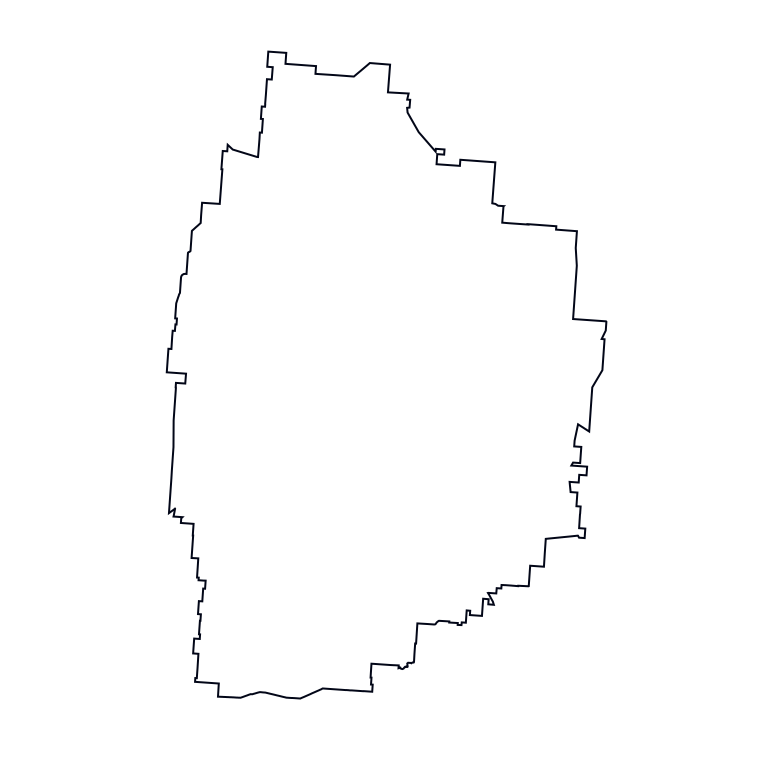 Corrigin, Western Australia, Australia (orthographic projection), rotated 274°
{"feature_id": "25037944B17845862979070", "entity_name": "Corrigin", "entity_type": "district", "adm_level": 2, "iso_a3": "AUS", "parent_name": "Australia", "parent_adm1": "Western Australia", "projection": "orthographic", "projection_center": [117.705, -32.376], "detail": "fine", "context": "isolated", "style": "outline", "palette": "ink", "viewbox_px": 768, "rotation_deg": 274, "n_neighbors": 0, "source": "geoboundaries", "source_scale": "gbopen_adm2", "svg_char_len": 5483}
<svg xmlns="http://www.w3.org/2000/svg" viewBox="0 0 768 768"><g transform="rotate(274 384 384)"><path d="M101.5,418.3L101.7,418.8L102.6,419.3L102.3,420.0L101.7,420.0L101.4,420.3L100.9,422.0L101.0,422.5L101.6,423.5L102.4,423.9L102.8,424.5L103.1,424.5L103.3,424.7L103.2,425.4L103.7,425.8L103.3,426.6L103.3,426.9L103.5,427.2L104.2,427.3L104.6,426.9L105.4,427.0L106.8,426.7L107.6,427.5L107.6,428.3L107.6,430.1L107.3,430.8L108.0,431.6L108.3,432.2L108.2,433.0L108.7,433.3L110.8,433.3L116.8,433.2L127.3,433.2L127.3,434.1L129.4,434.1L147.5,434.0L147.6,444.1L147.6,450.9L147.7,451.3L147.8,451.7L147.9,452.0L148.1,452.2L149.8,453.2L150.1,453.5L151.3,454.8L151.5,455.1L151.6,455.5L151.7,465.7L150.6,465.7L150.7,474.3L148.8,474.3L148.9,478.1L151.6,478.2L151.6,482.3L154.7,482.3L163.9,482.3L163.8,485.8L159.5,485.8L159.5,490.6L159.5,497.9L161.4,497.9L176.7,497.9L176.6,503.4L171.5,503.4L171.4,509.0L173.2,508.3L173.9,508.0L174.3,507.9L174.8,507.6L176.6,506.4L180.7,503.8L182.8,502.3L182.9,502.6L182.9,510.6L188.2,510.7L188.2,515.3L191.7,515.3L191.8,519.2L191.8,524.8L191.7,531.3L191.7,532.0L192.1,532.0L192.3,542.3L192.4,542.5L202.5,542.5L212.9,542.5L212.9,556.3L227.0,556.2L240.8,556.2L241.4,559.7L245.1,581.5L245.8,585.5L246.2,587.7L246.2,588.1L244.3,589.3L244.3,594.9L253.8,594.9L253.8,588.7L267.7,588.6L268.1,588.7L275.5,588.7L275.5,584.5L289.2,584.5L289.2,577.7L296.8,576.4L299.3,576.0L299.3,585.1L307.0,585.1L307.0,592.4L315.7,592.4L315.7,576.6L318.8,578.1L318.8,585.2L335.0,585.2L335.0,578.1L340.8,578.1L357.3,580.4L350.9,592.0L377.9,592.0L395.2,592.0L412.8,600.8L413.1,600.9L420.2,600.9L444.0,600.9L444.1,598.0L452.8,601.5L461.6,601.5L462.0,601.1L462.0,598.8L462.0,589.0L462.0,568.1L473.2,568.1L488.9,568.1L515.4,568.1L533.0,565.8L539.5,565.8L549.9,565.8L549.9,565.6L550.0,544.9L553.4,544.9L553.5,516.8L553.5,516.4L553.1,516.6L553.1,507.7L553.1,498.1L553.2,490.7L569.6,490.8L569.8,491.0L569.8,490.8L569.8,485.4L571.4,482.6L571.8,479.4L592.3,479.5L592.5,479.5L612.9,479.6L613.0,444.5L606.9,444.5L606.9,421.1L617.0,421.1L617.0,428.0L622.2,428.0L622.2,419.3L619.4,419.3L637.6,401.1L644.2,396.7L656.4,388.6L661.1,387.8L661.5,390.2L669.3,390.3L669.3,387.3L675.5,388.3L675.2,367.6L689.5,367.7L703.0,367.8L703.2,347.5L700.9,345.2L688.6,332.5L688.7,314.4L688.6,294.0L696.4,294.0L696.4,292.1L696.5,263.4L707.5,263.4L707.5,262.7L707.5,245.4L700.5,245.4L692.3,245.4L692.3,250.9L679.9,250.8L679.9,246.0L663.8,246.0L655.1,245.9L654.9,246.0L652.3,246.0L652.3,242.7L639.9,242.7L639.9,244.7L626.2,244.7L626.2,242.6L619.6,242.7L601.6,242.5L601.6,241.6L605.1,226.4L607.0,218.2L607.3,216.8L611.7,211.4L605.2,211.4L605.2,206.9L586.9,206.8L586.9,207.8L570.6,207.7L569.5,207.7L552.2,207.6L552.1,189.9L539.6,189.8L531.8,189.9L531.1,189.2L529.3,187.5L527.2,185.4L525.1,183.4L523.8,182.1L523.6,181.9L523.3,181.7L523.2,181.7L504.8,181.7L503.5,181.7L503.3,181.7L503.2,181.7L502.9,181.5L502.7,181.3L502.6,181.1L502.4,180.9L502.3,180.7L502.2,180.5L502.1,180.4L502.0,180.1L501.8,179.9L501.7,179.8L501.7,179.7L501.4,179.4L501.2,179.4L500.9,179.3L488.4,179.3L480.0,179.3L480.0,178.4L480.0,177.8L479.9,177.4L479.8,177.1L479.8,176.8L479.7,176.6L479.6,176.3L479.4,176.1L479.2,175.8L478.9,175.4L478.7,175.1L478.4,174.9L478.0,174.7L477.8,174.5L477.4,174.4L477.0,174.2L476.6,174.2L476.2,174.1L460.8,174.1L460.6,174.1L459.6,173.6L459.1,173.4L458.5,173.2L457.7,173.1L456.5,172.7L450.0,171.1L442.5,171.1L442.3,171.1L442.2,171.1L434.9,171.1L434.9,172.9L428.9,172.9L428.9,171.8L422.4,171.7L422.4,169.5L415.9,169.4L404.1,169.5L404.1,166.5L396.0,166.5L380.5,166.5L380.5,176.4L380.5,185.8L370.6,185.7L370.6,179.8L370.6,176.4L367.8,176.4L366.2,176.4L366.2,176.6L365.3,176.7L332.9,176.7L306.3,178.4L303.1,178.4L284.6,178.4L283.4,178.4L274.5,178.5L267.5,178.5L261.7,178.5L242.7,178.5L240.2,178.5L243.7,182.7L244.5,183.6L245.1,184.2L245.0,184.3L244.9,184.3L244.7,184.3L244.4,184.2L242.4,184.0L237.7,183.4L237.1,183.3L237.1,191.9L237.1,192.2L235.9,191.1L231.2,191.1L231.2,192.9L231.2,199.6L231.2,203.8L219.5,203.8L219.5,204.2L210.0,204.2L197.0,204.2L197.1,210.9L177.9,211.0L177.9,212.7L175.3,212.7L175.3,217.3L175.4,219.8L167.3,219.8L167.3,217.9L159.1,217.9L154.5,217.9L154.5,214.5L141.5,214.5L141.5,217.4L135.0,217.4L135.0,216.9L134.0,216.9L133.1,216.9L129.7,216.9L121.4,216.9L121.4,218.0L116.8,218.0L116.8,212.4L109.0,212.4L101.9,212.4L101.9,217.7L87.6,217.8L77.5,217.8L77.5,216.3L77.3,216.3L73.7,216.3L73.7,228.2L73.7,240.1L60.5,240.2L60.7,247.8L60.8,251.9L60.9,255.7L60.9,258.8L61.0,262.0L61.0,262.8L61.1,263.0L61.9,264.9L62.4,266.0L63.2,267.8L63.7,269.0L64.5,270.7L65.1,272.1L65.2,272.3L65.2,272.5L65.3,272.7L65.3,273.2L65.3,273.9L65.3,274.1L65.4,274.5L65.8,275.5L66.2,276.7L67.3,279.6L67.7,280.8L67.8,281.2L67.9,281.4L68.0,281.9L67.9,285.0L67.9,286.5L67.9,286.8L67.9,287.2L67.6,289.0L67.1,291.9L66.5,295.6L65.9,299.0L65.5,301.5L65.1,303.7L64.7,306.1L64.5,307.5L64.3,308.3L64.3,308.9L64.3,310.1L64.3,312.6L64.4,315.8L64.4,317.3L64.4,322.4L64.5,322.7L64.7,322.9L66.4,326.3L67.2,327.8L69.3,331.8L70.6,334.1L71.2,335.3L73.1,338.9L73.8,340.3L74.4,341.3L74.7,342.0L75.1,342.7L75.6,343.4L75.8,343.8L76.0,344.1L76.0,345.7L76.0,346.0L76.0,346.7L76.0,347.0L76.0,349.1L76.0,354.4L76.0,355.2L76.0,358.2L76.0,360.3L76.0,362.9L76.0,366.9L76.1,369.3L76.0,371.1L76.1,373.6L76.1,376.8L76.1,379.7L76.1,382.1L76.1,384.9L76.2,385.0L76.2,388.5L76.2,391.4L76.2,393.7L83.3,393.7L83.3,392.0L90.2,392.0L90.2,391.1L104.1,391.0L104.1,400.0L104.1,410.4L104.1,410.5L104.3,418.3L102.4,418.3L101.5,418.3Z" fill="none" stroke="#020617" stroke-width="2"/></g></svg>